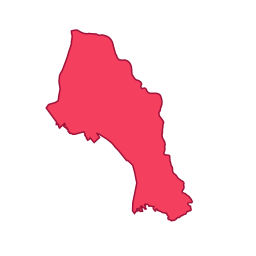 Islas del Ibicuy, Entre Ríos, Argentina, rotated 203°
{"feature_id": "61730980B51981995924731", "entity_name": "Islas del Ibicuy", "entity_type": "district", "adm_level": 2, "iso_a3": "ARG", "parent_name": "Argentina", "parent_adm1": "Entre Ríos", "projection": "orthographic", "projection_center": [-58.964, -33.597], "detail": "fine", "context": "isolated", "style": "filled", "palette": "rose", "viewbox_px": 256, "rotation_deg": 203, "n_neighbors": 0, "source": "geoboundaries", "source_scale": "gbopen_adm2", "svg_char_len": 5557}
<svg xmlns="http://www.w3.org/2000/svg" viewBox="0 0 256 256"><g transform="rotate(203 128 128)"><path d="M88.6,51.8L88.5,52.0L88.5,52.8L88.3,53.7L88.1,53.7L88.0,53.9L88.2,54.2L88.1,54.5L87.5,55.1L86.9,55.3L86.4,55.6L86.2,56.0L86.3,56.4L86.5,56.3L86.9,56.0L87.1,55.7L87.3,55.5L87.9,55.8L88.0,56.1L88.3,56.9L87.5,57.7L86.8,58.1L86.0,57.8L85.6,57.5L85.0,56.6L84.6,56.2L84.3,56.0L83.7,56.1L83.1,56.7L82.1,57.0L82.8,58.1L83.2,58.6L83.7,59.0L84.6,59.3L85.2,59.5L85.6,59.8L85.7,60.1L85.7,60.7L85.3,61.3L84.8,61.5L84.5,61.4L84.2,60.4L84.1,60.2L83.9,60.2L83.1,60.8L82.5,60.9L80.8,60.1L80.2,60.0L79.8,60.3L79.8,60.8L80.0,61.0L80.3,60.9L80.4,60.6L80.6,60.4L81.0,60.4L81.2,60.6L81.2,60.9L81.3,62.9L81.4,63.1L82.3,63.4L82.6,63.6L82.7,63.9L82.6,64.3L82.3,64.8L81.4,64.8L80.5,65.2L79.6,65.3L79.2,65.2L78.7,64.9L78.5,64.3L77.4,64.5L76.2,65.2L75.5,65.2L75.1,65.4L74.4,65.4L74.1,65.3L73.8,65.5L73.9,65.2L73.7,64.9L73.6,64.2L73.4,63.9L72.2,63.0L71.0,62.3L70.7,62.2L70.3,62.3L70.1,62.6L70.1,62.9L70.5,63.4L70.5,63.9L70.3,64.3L69.8,64.7L69.2,64.6L68.9,64.4L68.7,64.0L68.0,63.8L67.1,63.8L65.6,64.0L64.4,63.8L63.4,63.7L62.5,63.8L61.7,64.1L60.3,64.2L59.5,64.5L59.0,64.5L58.5,64.1L58.4,63.6L58.1,63.3L56.1,62.3L55.8,61.8L56.2,60.9L55.9,60.3L55.3,59.8L54.8,59.6L53.5,60.0L53.0,60.0L52.4,59.6L52.0,59.6L51.5,59.7L50.5,60.5L49.3,61.1L48.1,62.9L47.6,64.4L47.3,64.8L47.0,65.2L46.0,65.5L45.6,65.9L45.4,66.3L45.4,67.0L45.2,67.3L44.2,68.3L43.5,68.9L43.1,69.9L41.4,71.3L41.2,71.5L41.1,72.4L41.1,73.7L41.0,74.0L40.6,74.4L39.7,74.9L39.4,75.6L39.1,75.9L38.3,76.2L38.0,76.7L38.0,77.6L39.2,79.1L39.7,80.2L40.1,80.4L42.2,80.7L43.0,81.1L43.4,81.6L43.5,82.2L43.1,82.8L42.6,83.2L40.4,84.0L40.1,84.3L40.0,84.5L40.1,85.2L40.3,85.5L41.9,87.0L44.6,88.5L45.8,89.0L48.1,89.4L49.5,90.0L52.2,89.8L52.6,89.9L53.1,90.2L53.3,90.8L53.4,91.2L53.2,92.6L53.0,93.5L53.2,94.9L53.4,95.6L54.6,97.4L54.9,99.0L55.6,99.8L56.7,100.3L58.2,100.3L62.1,101.3L63.4,102.0L64.0,102.5L64.8,103.0L65.8,103.5L68.2,104.1L69.2,104.6L69.7,105.1L70.1,105.8L70.6,106.6L70.7,107.2L71.7,108.9L72.6,109.8L73.5,110.4L74.4,111.2L74.5,111.4L74.6,111.8L75.1,112.5L76.4,114.0L77.8,116.6L78.2,117.6L78.3,117.7L78.4,118.0L78.5,118.1L78.6,118.4L78.9,118.7L80.1,118.8L82.9,117.9L83.9,117.9L84.3,118.1L84.9,118.4L85.2,118.8L85.4,119.3L85.3,120.0L85.4,121.9L85.7,122.7L86.2,123.9L86.9,125.0L87.0,125.6L87.2,126.7L87.3,127.2L87.7,127.8L87.8,127.9L87.9,128.1L88.5,129.1L89.1,129.8L91.2,131.4L91.6,131.6L91.7,131.8L92.6,132.7L93.4,133.9L93.9,134.7L94.0,135.1L94.3,135.4L94.3,135.8L94.2,136.3L94.3,136.5L94.4,136.9L95.7,140.0L96.2,142.2L97.0,144.1L97.2,146.3L97.6,147.4L97.8,147.7L98.7,148.4L104.0,151.5L105.1,153.3L105.6,154.4L105.4,154.9L105.2,156.0L105.3,156.5L105.3,157.3L105.7,158.5L106.0,162.5L106.6,164.5L107.8,167.0L108.9,168.4L110.8,170.5L111.9,171.1L113.5,171.3L114.5,171.2L116.3,170.7L121.1,168.6L122.7,168.5L124.2,168.9L124.8,169.2L126.5,170.9L127.7,171.3L128.5,171.2L130.4,169.9L130.8,169.9L131.6,170.1L132.2,170.8L132.4,171.4L132.6,172.5L132.5,173.4L132.9,174.1L133.8,175.0L134.6,175.4L136.6,175.8L139.2,175.5L140.1,175.7L141.8,176.5L144.9,178.6L145.6,179.5L146.6,181.4L147.4,183.1L149.0,185.9L150.2,187.2L151.3,188.2L153.6,189.3L154.8,189.6L155.5,189.5L156.9,189.5L158.0,189.1L158.7,188.7L160.5,187.9L162.3,187.5L163.1,187.4L164.3,187.9L165.8,189.0L166.4,189.5L166.7,190.1L168.0,191.1L168.6,191.6L172.7,196.7L175.7,200.7L177.6,202.3L178.6,202.9L180.4,203.7L182.2,204.1L183.3,204.2L184.9,204.0L186.6,203.9L188.2,203.5L189.3,203.0L190.7,202.1L191.4,202.0L191.9,201.9L193.2,202.1L194.3,202.0L196.3,201.2L197.1,201.0L199.1,200.2L200.0,200.1L201.0,199.7L202.2,198.9L205.2,197.9L207.2,197.8L209.2,197.8L210.0,197.9L212.2,198.2L213.4,198.2L215.4,197.1L217.7,195.6L218.0,195.0L216.7,192.7L215.5,191.3L215.1,190.1L214.5,188.3L213.7,185.0L212.9,183.1L212.9,181.9L212.5,179.4L212.5,177.6L211.5,168.1L211.0,156.3L211.1,155.3L211.5,151.3L211.5,149.6L209.7,143.8L206.0,137.8L205.7,137.3L204.4,131.1L203.0,126.3L203.0,125.8L203.2,125.4L205.1,122.8L209.8,119.0L210.2,118.5L210.4,118.0L211.1,114.5L197.4,106.3L196.6,106.0L196.6,105.8L196.3,105.5L195.9,105.3L195.9,105.0L195.7,104.7L195.7,104.0L195.3,103.8L195.4,103.4L195.3,103.1L194.7,103.4L194.5,103.9L194.6,104.2L194.4,104.4L193.4,104.1L193.0,103.8L193.0,103.3L192.8,103.2L192.8,102.8L192.2,102.0L191.9,101.9L191.5,102.0L191.5,101.8L191.3,101.3L191.0,101.2L190.9,101.3L190.5,101.9L190.5,102.6L189.7,103.9L189.4,104.9L188.8,105.7L188.7,106.2L188.5,106.5L188.5,106.8L188.3,107.2L188.0,106.8L187.6,106.8L187.7,106.5L187.6,106.3L187.6,106.1L187.2,106.2L187.4,105.6L187.6,105.6L187.8,104.9L188.0,104.8L187.7,104.5L187.4,104.6L187.2,104.6L187.1,104.9L186.6,105.2L186.9,104.9L186.9,104.5L187.0,104.4L186.8,104.1L186.6,104.2L185.7,104.2L185.4,104.3L185.3,104.2L185.3,103.9L185.1,103.9L185.1,104.2L184.7,103.8L184.6,104.1L184.4,104.2L184.4,103.9L184.1,103.8L183.9,103.5L183.4,103.4L183.2,103.5L182.9,103.2L183.0,103.0L182.6,102.9L182.5,102.7L182.2,102.5L182.0,102.2L181.8,101.6L181.6,101.7L181.4,101.4L181.1,101.5L180.8,101.2L180.7,101.0L179.7,100.6L179.6,100.4L179.3,100.5L179.2,100.5L178.8,100.5L177.8,100.9L177.5,100.8L176.8,100.9L176.6,100.7L176.4,100.7L176.1,100.7L174.5,101.5L167.0,107.3L164.6,104.9L164.9,104.5L161.7,102.5L162.0,102.1L160.3,101.0L159.6,101.9L159.2,102.6L159.0,103.3L159.0,104.1L153.5,101.4L150.5,108.1L154.3,110.8L152.8,111.1L143.1,109.6L137.4,108.0L134.0,106.4L132.2,105.3L129.2,104.1L127.0,103.1L117.0,97.7L116.4,97.6L115.5,97.8L114.9,97.8L109.5,95.8L109.0,95.4L104.8,90.2L98.5,80.9L98.3,80.3L94.3,60.9L91.5,53.6L88.6,51.8Z" fill="#f43f5e" stroke="#9f1239" stroke-width="1.5"/></g></svg>